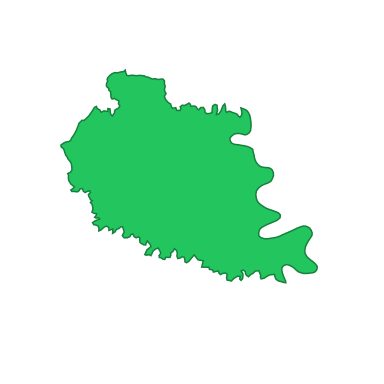 Concórdia, Santa Catarina, Brazil, rotated 228°
{"feature_id": "56859067B26728164460240", "entity_name": "Concórdia", "entity_type": "district", "adm_level": 2, "iso_a3": "BRA", "parent_name": "Brazil", "parent_adm1": "Santa Catarina", "projection": "natural_earth1", "projection_center": [-52.02, -27.242], "detail": "fine", "context": "isolated", "style": "filled", "palette": "green", "viewbox_px": 384, "rotation_deg": 228, "n_neighbors": 0, "source": "geoboundaries", "source_scale": "gbopen_adm2", "svg_char_len": 5742}
<svg xmlns="http://www.w3.org/2000/svg" viewBox="0 0 384 384"><g transform="rotate(228 192 192)"><path d="M247.2,257.0L249.0,254.9L248.5,252.2L250.1,251.5L252.1,252.1L253.8,251.7L255.3,250.1L256.3,248.5L258.2,249.4L260.1,249.3L260.6,246.7L261.3,244.3L263.1,242.8L263.2,240.2L261.5,239.6L260.6,237.6L263.0,235.2L265.6,236.4L267.1,233.6L269.2,233.7L271.7,235.0L274.4,234.2L276.2,234.2L279.0,234.4L281.7,235.6L282.6,238.7L284.9,239.1L286.7,240.2L288.4,242.8L290.8,243.9L293.0,245.9L295.3,246.0L296.8,244.3L298.1,242.2L299.8,241.2L301.2,240.1L302.4,238.1L304.4,237.3L306.8,236.2L308.6,234.7L310.4,234.2L311.9,232.7L313.5,231.4L315.4,228.8L317.0,227.3L318.5,226.0L319.9,224.3L320.8,222.6L322.4,221.6L325.0,222.6L327.2,224.0L327.3,221.6L328.9,219.4L330.5,216.2L332.5,214.4L333.5,211.4L333.6,208.6L333.2,205.8L332.3,204.1L330.7,203.5L329.9,201.2L328.3,199.5L326.6,199.1L324.9,199.5L323.2,198.3L321.0,198.6L318.9,197.0L316.5,195.1L314.5,194.8L313.5,196.9L310.8,197.7L308.5,198.6L306.8,196.3L304.5,196.2L303.5,193.5L304.2,191.2L304.4,189.1L302.6,187.3L301.9,183.6L304.5,183.7L306.5,185.1L308.6,186.7L310.3,185.3L308.2,183.3L309.7,182.1L311.2,180.9L312.0,177.9L314.8,178.4L317.5,177.4L319.6,178.2L320.1,176.1L319.3,173.3L318.5,170.2L317.7,166.9L317.4,162.9L317.4,159.7L318.9,158.3L318.8,155.7L318.6,153.6L317.5,152.1L316.7,150.3L315.5,147.8L314.5,145.3L313.7,143.2L313.1,140.6L312.6,138.4L311.6,136.7L311.9,134.2L313.1,132.4L314.1,130.3L314.4,128.3L314.6,125.9L312.9,124.9L311.3,125.3L309.5,125.3L307.9,124.6L306.0,123.7L303.8,122.8L301.9,122.7L299.6,122.0L297.2,121.8L295.4,121.8L293.3,121.0L290.6,119.1L288.6,117.4L288.0,114.9L288.9,112.0L286.7,111.2L285.4,109.7L283.3,108.2L280.9,107.7L279.1,107.3L277.4,107.6L274.4,107.9L274.2,105.6L274.6,103.3L272.9,103.0L271.1,104.9L268.8,106.9L268.5,109.1L269.2,111.0L267.7,112.9L265.5,111.8L263.1,112.2L262.5,114.6L261.4,116.8L259.5,116.2L259.5,113.3L257.8,112.4L256.0,112.0L254.3,111.4L252.4,112.0L252.2,109.5L249.9,109.5L247.2,108.2L245.5,106.8L243.9,104.1L241.7,104.9L239.7,106.6L238.6,104.9L238.4,102.7L236.7,103.3L235.4,105.4L233.7,105.3L234.6,102.9L235.5,100.1L235.8,97.6L233.5,97.1L231.3,98.8L229.5,99.4L227.4,98.6L225.4,96.7L224.7,98.7L224.7,101.0L224.6,103.6L223.8,105.7L221.3,106.4L219.0,104.6L217.5,108.4L215.9,106.9L214.4,105.3L213.9,107.9L214.7,110.9L213.8,113.3L213.7,115.6L212.7,117.3L210.1,116.0L207.6,114.8L207.0,112.9L206.2,111.0L203.4,110.9L201.2,113.4L200.4,116.0L201.2,118.4L200.1,120.0L197.5,119.1L195.3,119.8L194.6,122.0L193.0,122.6L191.0,120.7L189.3,119.6L187.2,120.0L185.1,120.8L183.6,122.2L184.7,123.7L185.6,126.1L183.4,125.8L181.1,125.9L178.8,124.9L179.0,122.6L179.2,119.8L178.1,117.4L177.1,115.0L175.3,116.0L174.3,118.1L172.2,118.8L173.0,121.0L174.2,123.5L174.0,126.9L172.8,129.5L170.7,128.8L169.0,128.6L167.2,127.4L166.8,124.9L165.2,123.9L163.7,125.1L161.5,125.4L160.1,126.6L161.0,128.9L159.5,130.4L158.1,131.8L159.0,133.7L160.8,135.3L160.6,138.5L161.6,141.1L159.2,141.4L156.8,140.5L154.5,137.9L152.0,136.9L150.8,139.2L150.4,141.6L148.7,142.5L146.7,141.5L144.7,140.0L143.1,140.6L142.6,143.0L143.8,151.5L137.4,151.1L133.4,154.4L129.7,148.9L124.7,154.3L122.9,153.2L120.2,155.2L118.2,154.3L115.8,158.7L113.4,157.7L111.6,157.9L111.0,160.2L109.5,162.6L107.3,163.1L105.4,160.5L103.1,159.1L101.3,160.5L99.5,161.7L99.7,163.9L99.5,167.1L98.8,169.6L97.1,171.4L95.4,169.2L93.5,169.3L93.7,171.5L94.9,173.0L96.2,174.4L97.8,175.3L100.4,175.6L99.8,177.7L97.2,178.4L95.1,176.9L93.0,176.8L91.1,177.4L91.4,180.4L90.7,183.0L90.8,186.1L88.9,188.9L86.3,188.1L84.2,187.3L82.9,185.8L81.2,185.2L79.7,187.8L79.1,191.5L78.4,194.2L77.2,196.0L75.5,198.1L73.5,196.9L70.8,196.0L68.0,196.8L65.7,198.3L63.6,199.5L61.8,201.0L63.3,202.0L65.9,202.8L68.8,203.9L71.2,204.9L73.8,206.4L75.5,208.1L76.0,210.4L75.4,212.6L74.3,214.2L72.0,215.5L69.0,216.6L67.0,217.0L63.8,217.2L61.1,217.8L59.0,219.0L56.7,220.5L55.2,222.2L53.8,223.9L52.3,226.2L51.1,227.8L50.4,229.6L50.5,232.1L51.5,233.9L53.0,235.3L55.7,235.6L59.6,235.2L62.4,234.6L64.7,234.3L67.1,234.1L69.5,234.7L71.3,235.2L73.6,237.3L75.2,239.4L76.5,242.1L77.8,246.0L78.7,249.5L79.6,252.3L81.3,254.0L84.0,255.0L86.4,255.3L88.4,254.7L90.8,253.5L92.4,251.7L93.5,249.3L94.8,245.9L95.6,243.0L96.5,240.0L97.3,237.5L98.3,234.7L99.0,232.5L99.7,230.4L100.6,227.3L101.7,224.7L103.1,222.3L105.9,218.0L107.5,215.8L109.2,214.3L112.1,212.6L114.5,212.4L116.4,213.5L117.9,215.5L119.1,217.9L119.0,220.2L118.4,223.0L117.4,226.6L116.4,229.2L115.2,232.8L114.1,236.1L113.9,240.2L115.9,242.3L118.7,242.3L121.4,241.0L123.6,239.9L125.5,238.8L127.4,237.7L130.0,236.4L132.4,235.6L134.6,235.0L137.4,234.4L140.2,234.3L142.4,234.7L144.6,235.8L147.5,237.8L149.8,240.8L150.4,244.2L150.3,246.8L150.0,248.9L149.1,251.5L147.9,254.5L147.2,257.9L148.1,260.6L149.5,263.3L151.6,265.2L153.5,266.0L155.4,266.4L157.7,265.8L159.6,264.4L161.0,263.0L163.3,261.0L165.4,259.8L167.9,259.4L170.2,259.5L171.8,259.8L173.6,260.4L175.3,261.1L177.1,262.3L179.3,263.5L181.1,264.4L183.0,265.7L186.1,264.9L188.6,263.7L191.4,261.8L193.3,260.2L194.7,259.1L196.2,258.0L197.9,256.4L199.4,255.2L202.0,254.1L204.4,254.7L206.3,255.7L207.1,258.5L206.8,262.1L205.4,264.6L203.2,266.9L200.9,268.4L199.1,269.5L198.1,271.2L197.7,273.7L198.4,276.5L200.1,278.4L201.4,280.0L202.8,281.1L204.1,282.3L205.9,283.5L208.2,285.0L210.2,286.2L212.5,286.9L215.1,287.3L217.4,286.8L219.3,285.9L221.8,284.6L217.9,282.5L215.9,280.4L215.5,277.6L217.7,277.3L219.5,277.6L221.4,276.8L224.0,275.3L227.2,273.8L228.1,271.0L230.0,271.5L231.3,272.7L233.8,274.5L235.6,275.3L235.4,272.7L234.1,270.1L232.8,267.5L232.1,264.4L233.1,261.9L234.6,264.0L235.6,265.7L237.9,267.2L239.7,268.7L241.8,267.6L242.1,264.9L240.5,262.9L239.0,261.4L237.6,260.0L238.7,257.4L240.6,255.2L242.6,255.1L244.6,256.6L247.2,257.0Z" fill="#22c55e" stroke="#15803d" stroke-width="1.5"/></g></svg>